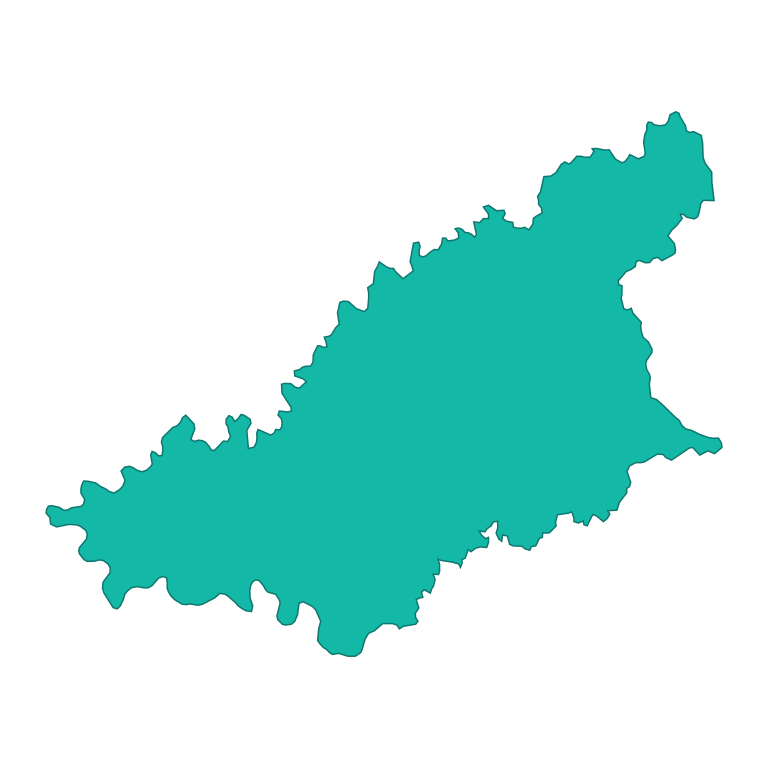 Cruz Machado, Paraná, Brazil (Natural Earth projection)
{"feature_id": "56859067B73120283619986", "entity_name": "Cruz Machado", "entity_type": "district", "adm_level": 2, "iso_a3": "BRA", "parent_name": "Brazil", "parent_adm1": "Paraná", "projection": "natural_earth1", "projection_center": [-51.253, -25.895], "detail": "fine", "context": "isolated", "style": "filled", "palette": "teal", "viewbox_px": 768, "rotation_deg": 0, "n_neighbors": 0, "source": "geoboundaries", "source_scale": "gbopen_adm2", "svg_char_len": 6099}
<svg xmlns="http://www.w3.org/2000/svg" viewBox="0 0 768 768"><path d="M399.4,628.8L403.2,626.3L415.7,624.2L417.9,621.2L415.5,617.3L415.4,613.2L418.8,608.0L416.2,599.6L419.7,597.9L422.8,597.4L421.5,592.3L424.2,589.7L430.3,593.1L431.7,588.8L433.5,586.0L435.1,579.5L433.2,574.2L438.5,574.5L439.6,571.1L439.6,564.6L438.0,559.2L440.6,560.3L451.5,562.0L458.8,563.9L460.4,567.4L462.2,563.1L461.9,559.6L465.2,558.2L468.1,549.7L471.0,551.7L475.9,548.0L480.7,546.9L486.7,547.5L488.5,542.4L488.5,537.4L485.5,538.7L481.2,534.8L479.2,531.1L484.9,531.8L487.2,528.7L491.4,525.6L493.3,521.9L497.5,521.2L497.8,527.9L496.1,533.2L498.8,538.9L501.7,541.3L502.5,535.1L507.3,535.9L509.7,544.4L513.2,545.9L521.8,546.2L525.1,548.9L529.8,550.2L531.3,546.5L535.7,545.9L539.4,538.2L542.4,537.4L542.7,532.7L546.8,533.1L549.6,532.6L556.1,526.0L555.5,522.3L557.5,514.7L568.4,513.2L571.7,511.8L573.9,517.8L573.9,521.6L578.4,523.0L583.2,521.0L583.9,524.7L587.2,525.8L592.7,514.5L596.3,515.8L603.5,521.6L607.3,518.4L609.8,514.1L607.8,510.7L616.9,510.2L619.4,502.3L626.7,492.9L626.7,488.4L629.5,486.6L630.7,482.4L627.0,471.5L629.5,465.9L636.0,462.6L640.5,462.7L644.2,462.0L657.5,454.0L663.2,454.5L665.9,457.5L671.5,460.1L689.7,447.8L692.8,447.6L699.8,455.1L707.9,450.9L714.6,453.6L721.9,447.5L721.5,443.2L718.5,438.1L713.4,438.3L708.1,437.5L699.9,434.5L691.3,430.3L685.6,428.9L682.1,425.7L679.2,420.4L674.7,416.7L663.7,405.9L656.6,399.6L650.8,397.7L649.3,383.9L650.3,378.0L649.5,374.5L646.7,369.4L645.7,364.4L646.6,360.4L651.9,352.6L652.0,349.1L648.3,341.9L643.2,337.4L641.3,331.4L640.7,326.0L641.3,322.4L632.8,313.0L631.3,308.3L627.7,309.9L623.8,308.8L621.2,298.4L621.9,294.5L622.0,285.8L618.7,284.6L618.3,280.8L626.2,271.5L630.8,269.6L635.3,266.5L636.1,261.8L639.2,260.4L645.4,262.8L649.7,262.5L652.8,258.8L657.6,257.3L661.9,260.7L672.1,255.2L675.1,253.0L675.5,249.3L674.3,243.5L667.9,236.0L671.6,230.3L676.7,225.5L682.2,218.5L680.4,214.1L683.3,214.4L686.8,217.2L694.3,218.9L697.5,216.9L698.8,213.7L700.9,203.5L703.3,200.3L714.1,200.6L711.9,182.6L711.7,172.0L705.0,163.1L703.1,157.3L702.6,143.0L701.2,135.3L693.5,131.6L689.3,132.5L686.3,130.5L685.6,126.0L680.2,116.8L679.0,113.3L675.8,111.8L670.2,114.6L668.1,121.5L665.3,124.9L659.7,125.8L654.3,124.8L651.3,122.4L648.3,122.1L646.7,125.3L646.8,129.9L644.8,134.8L643.6,142.5L645.3,153.1L644.2,156.3L638.3,158.8L629.8,154.6L627.9,158.1L624.4,162.1L621.4,162.6L615.4,159.1L609.2,149.8L605.1,150.1L596.5,148.5L592.2,148.7L593.9,151.5L590.4,157.0L585.0,157.3L580.9,156.3L576.7,156.3L571.5,162.3L568.9,164.1L564.9,161.9L561.2,164.4L555.9,172.7L550.8,176.1L543.9,176.6L540.4,192.1L537.6,196.4L538.6,200.5L538.6,204.4L541.4,207.9L542.1,212.9L536.1,216.3L533.4,218.4L532.9,224.1L528.8,229.9L524.9,227.3L521.5,228.2L517.2,228.1L513.3,227.1L512.8,222.4L506.6,221.2L502.6,218.5L505.1,213.9L504.0,210.3L496.4,210.7L488.5,205.3L483.4,207.0L488.5,214.1L488.5,218.6L483.3,218.6L479.8,222.6L473.8,221.9L476.4,234.5L474.5,237.2L471.7,234.4L468.1,232.7L465.1,232.5L462.1,229.4L458.8,228.0L455.1,228.8L458.2,232.7L458.8,237.9L454.3,240.1L447.8,240.9L445.7,238.1L442.5,238.2L441.7,243.8L438.2,249.8L434.3,249.5L429.7,252.5L426.1,255.8L422.8,256.9L419.2,255.4L419.1,250.9L420.1,246.4L418.7,242.2L413.5,243.1L410.1,261.8L412.0,266.2L413.2,271.0L403.0,278.7L395.4,271.5L393.5,268.4L390.0,268.4L386.3,266.8L379.3,261.9L377.5,266.5L374.7,271.3L373.3,283.7L367.7,287.7L368.6,292.5L368.7,297.2L367.8,308.3L364.3,311.6L356.2,308.6L348.5,301.6L343.5,301.1L339.9,302.4L337.5,312.8L339.2,324.3L335.8,327.6L331.2,335.0L328.6,336.4L324.3,337.1L325.9,341.5L327.0,346.7L323.7,347.5L320.8,346.1L317.7,345.7L313.3,354.7L313.0,362.1L310.5,366.2L305.8,366.2L302.5,367.2L299.6,369.6L294.3,370.9L294.8,375.9L303.2,378.9L306.4,381.7L299.2,388.2L295.0,387.1L290.9,383.7L284.7,383.4L281.5,384.3L282.1,393.4L291.0,407.2L291.4,411.0L288.0,412.0L279.3,411.0L278.1,415.2L281.2,418.4L282.1,422.3L281.8,426.8L279.8,429.9L275.7,429.5L274.1,433.1L270.7,435.1L258.0,429.5L256.8,433.1L257.0,437.9L256.4,442.6L254.1,447.1L248.4,448.5L246.8,430.3L250.9,423.4L250.1,419.2L244.0,415.2L241.0,414.5L238.3,418.4L234.7,421.7L232.5,417.4L229.0,415.6L226.1,419.3L226.1,423.9L227.9,426.8L228.9,432.1L230.5,436.4L227.8,441.4L223.4,441.1L214.3,450.6L211.1,449.9L209.2,446.5L205.5,442.2L202.5,440.7L198.5,440.2L194.0,441.4L190.8,439.4L194.8,428.9L193.9,423.9L185.8,415.2L182.4,417.8L180.5,422.3L177.0,425.8L172.6,427.6L162.6,437.5L161.4,442.0L162.6,446.1L162.8,450.6L162.0,455.6L158.7,455.9L155.3,452.7L152.1,451.4L150.7,455.1L152.3,464.2L150.2,467.0L146.5,470.3L141.9,471.8L137.1,470.3L133.3,467.8L129.8,466.3L124.7,467.1L121.1,471.0L125.1,480.5L122.8,486.1L119.7,489.5L114.0,493.1L109.1,491.4L105.5,488.8L100.7,486.6L95.8,483.0L88.2,481.3L83.6,481.0L81.7,485.3L80.9,489.0L81.0,493.1L84.6,499.4L83.7,503.7L81.4,506.3L71.5,507.8L67.9,509.9L63.9,510.4L59.4,507.4L51.5,505.6L48.4,506.2L46.6,509.3L46.1,513.1L49.8,517.4L50.6,524.0L56.5,526.9L69.0,524.4L76.9,524.9L80.3,526.2L85.9,530.5L87.3,534.5L86.5,539.0L79.5,547.5L78.7,550.8L79.6,554.0L83.9,559.5L87.1,561.4L94.5,561.2L99.1,559.9L103.3,560.5L108.1,564.0L110.2,567.8L110.0,572.8L103.1,582.2L102.5,588.2L103.9,592.9L113.1,607.6L117.2,608.9L120.3,605.9L123.4,599.2L124.8,594.3L127.5,590.9L131.4,587.8L137.3,586.6L144.3,587.9L148.5,587.7L152.1,585.6L158.8,577.9L163.4,576.5L166.6,577.9L167.3,582.9L167.2,588.5L168.6,591.9L170.8,595.7L174.6,599.6L182.0,604.2L186.2,604.6L189.7,603.9L197.8,605.2L202.3,604.3L214.8,597.8L219.8,593.4L224.9,594.2L227.5,595.7L235.0,602.2L238.5,606.1L242.9,609.1L246.2,610.8L251.5,611.5L252.7,605.7L250.1,598.1L249.8,590.5L250.6,585.6L252.4,582.2L255.7,579.7L259.4,580.8L263.6,586.0L265.8,590.1L268.1,592.2L275.8,594.3L279.2,599.8L280.2,603.0L276.9,616.0L277.8,619.7L282.5,624.4L285.7,625.0L291.5,624.2L294.7,621.4L297.5,614.7L299.0,603.3L303.2,601.7L312.5,606.5L315.8,610.0L320.7,621.2L318.7,629.0L317.6,640.4L320.0,643.9L323.6,647.7L326.7,649.5L329.7,652.7L332.5,654.4L338.8,653.4L347.8,656.2L355.4,656.2L360.8,652.5L362.1,649.4L365.0,639.3L368.6,633.3L374.5,630.7L382.7,623.6L392.5,623.6L396.9,625.0L399.4,628.8Z" fill="#14b8a6" stroke="#0f766e" stroke-width="1.5"/></svg>